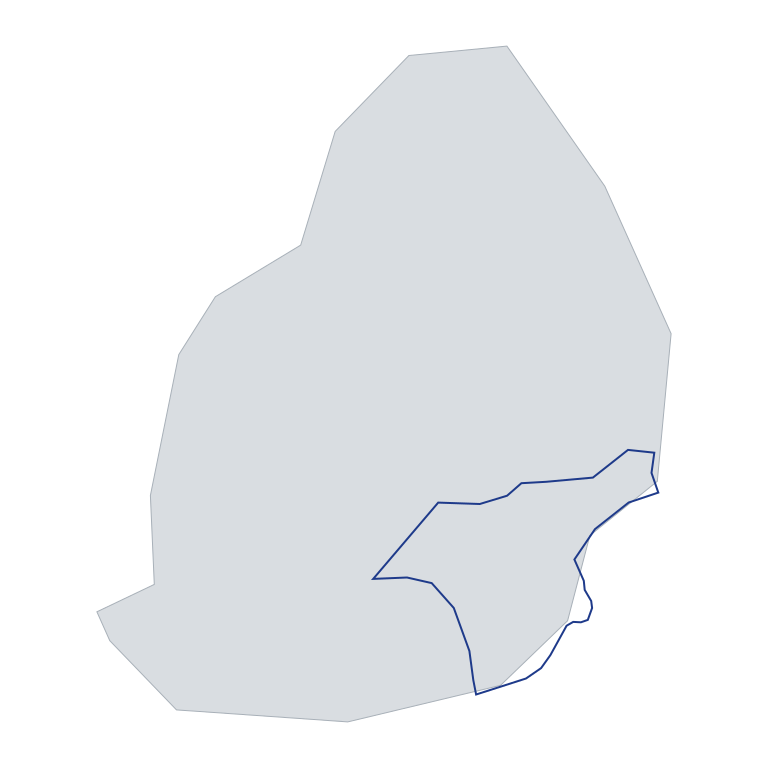 Mauritius, with Grand Port highlighted
{"feature_id": "MUS-5185", "entity_name": "Grand Port", "entity_type": "District", "adm_level": 1, "iso_a3": "MUS", "parent_name": "Mauritius", "parent_adm1": "", "projection": "albers", "projection_center": [57.689, -20.397], "detail": "fine", "context": "in_parent", "style": "outline", "palette": "blue", "viewbox_px": 768, "rotation_deg": 0, "n_neighbors": 0, "source": "natural_earth", "source_scale": "10m", "svg_char_len": 798}
<svg xmlns="http://www.w3.org/2000/svg" viewBox="0 0 768 768"><path d="M500.6,685.3L347.7,721.9L176.5,709.9L109.8,640.7L96.9,611.8L154.3,584.4L150.4,495.5L178.8,354.6L215.4,296.7L300.7,245.1L335.2,131.4L408.9,55.5L506.9,46.1L604.8,186.2L671.1,333.7L657.3,481.3L589.9,535.4L567.6,620.7L500.6,685.3Z" fill="#d9dde1" stroke="#a8b0b8" stroke-width="1"/><path d="M654.3,452.7L651.5,472.9L658.3,492.6L628.7,502.5L595.0,529.1L574.4,559.5L583.8,580.8L584.7,589.9L591.2,601.0L592.1,608.0L587.8,619.9L580.9,622.3L573.2,621.9L566.6,625.7L550.4,655.1L541.1,668.1L526.0,678.5L476.1,694.5L473.3,680.1L469.4,651.0L453.8,608.0L431.7,583.1L407.0,577.5L373.2,578.9L438.2,502.6L479.8,504.0L507.1,495.7L521.4,483.2L546.1,481.8L592.9,477.6L628.0,449.9L654.3,452.7Z" fill="none" stroke="#1e3a8a" stroke-width="2"/></svg>